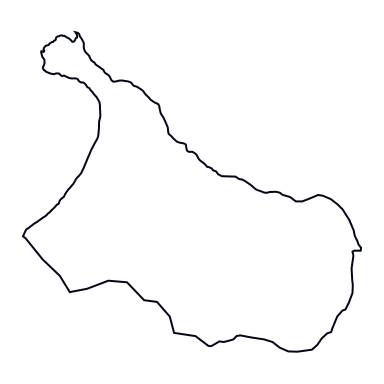 Village, Soufrière, Saint Lucia (Robinson projection)
{"feature_id": "8701671B40891625905372", "entity_name": "Village", "entity_type": "district", "adm_level": 2, "iso_a3": "LCA", "parent_name": "Saint Lucia", "parent_adm1": "Soufrière", "projection": "robinson", "projection_center": [-61.064, 13.907], "detail": "fine", "context": "isolated", "style": "outline", "palette": "ink", "viewbox_px": 384, "rotation_deg": 0, "n_neighbors": 0, "source": "geoboundaries", "source_scale": "gbopen_adm2", "svg_char_len": 5599}
<svg xmlns="http://www.w3.org/2000/svg" viewBox="0 0 384 384"><path d="M211.2,346.2L219.4,341.4L223.8,342.0L229.0,340.7L233.4,339.4L236.6,336.0L240.4,335.4L250.9,337.4L264.0,339.4L272.5,342.0L279.8,347.7L288.3,351.4L297.3,351.7L311.9,349.7L317.2,345.0L321.8,338.4L327.1,333.4L331.2,332.0L332.6,327.7L337.3,316.4L342.3,310.7L345.5,309.4L348.7,303.0L352.5,293.0L352.8,285.0L352.2,280.0L351.6,268.4L353.4,255.7L352.5,251.7L354.2,250.7L360.7,250.7L361.0,247.7L358.6,244.7L357.2,240.7L354.8,236.0L353.7,230.4L349.3,220.0L342.6,209.4L337.6,204.4L330.6,199.0L322.7,195.7L318.0,195.0L311.0,198.0L302.3,201.4L295.9,201.4L290.0,197.0L282.5,194.8L279.9,192.8L277.3,192.0L275.2,191.8L269.8,192.0L266.8,192.8L264.2,192.6L261.8,191.6L256.2,189.6L254.1,187.9L251.1,185.2L247.6,182.8L244.8,180.9L241.8,179.4L239.7,179.2L238.0,178.3L235.4,176.6L227.9,176.4L222.0,176.2L220.7,175.6L218.0,174.1L216.2,171.5L213.0,170.2L211.5,168.3L209.1,167.2L207.1,166.8L206.1,165.5L204.7,164.0L202.5,162.3L200.3,160.6L199.6,159.9L198.9,159.2L198.3,158.1L197.9,157.4L197.2,155.9L196.6,154.9L195.9,154.1L195.2,153.5L193.5,152.5L192.7,151.9L191.5,151.8L190.8,151.8L190.2,151.9L189.4,151.9L188.5,151.7L188.0,151.4L187.4,150.9L187.0,150.3L186.7,149.5L186.4,148.5L186.2,146.8L186.1,145.8L185.8,144.7L185.3,144.1L184.3,143.6L183.2,143.3L181.9,143.0L179.7,142.7L178.6,142.3L177.5,141.9L176.4,141.3L175.2,140.1L173.6,138.7L172.8,137.8L171.4,136.3L169.9,134.9L169.1,134.3L168.5,133.4L168.3,132.5L168.1,130.9L168.0,129.8L167.9,128.5L167.7,127.3L167.2,126.0L166.4,124.2L165.4,121.7L164.9,120.7L164.3,119.5L163.8,118.3L163.2,117.2L161.3,114.3L160.7,113.4L160.5,112.4L159.8,109.3L159.5,108.3L159.4,106.7L158.8,105.2L158.3,104.2L157.4,103.7L156.8,103.5L154.0,102.1L153.0,101.4L151.4,100.3L150.3,99.4L149.8,98.9L149.2,97.9L148.3,97.0L146.1,95.0L145.1,93.9L144.4,92.9L143.9,92.0L143.3,91.2L142.4,90.4L141.2,89.5L140.1,88.7L139.4,88.4L137.9,87.3L137.2,86.9L136.0,86.4L134.6,86.1L133.8,85.8L133.2,85.3L132.7,84.6L131.9,83.6L131.2,82.7L130.3,82.2L128.9,81.7L127.6,81.3L126.3,81.2L124.4,80.9L122.6,80.6L121.4,80.5L119.1,80.6L117.6,81.1L116.6,81.3L115.5,81.5L114.2,81.6L113.2,81.6L112.3,81.0L111.3,80.0L111.0,79.3L110.2,77.7L109.7,76.6L109.1,75.8L108.1,74.9L107.2,74.3L106.4,73.8L105.4,73.1L104.7,72.4L104.0,71.2L103.5,70.0L102.6,69.3L101.9,68.9L100.8,68.1L99.9,67.4L98.9,66.7L96.8,65.3L96.0,64.7L95.2,63.9L94.7,62.9L94.2,62.4L93.0,61.7L91.4,60.4L91.1,60.0L90.6,59.1L89.0,55.7L88.1,54.7L86.8,53.5L86.0,52.6L85.5,52.0L84.8,50.9L84.3,49.8L83.8,47.8L83.8,46.9L83.8,45.8L83.8,43.7L83.7,43.0L83.4,42.1L83.2,41.7L82.6,40.6L81.8,39.1L81.4,38.4L80.2,36.9L79.9,36.2L79.6,35.3L79.1,34.0L77.7,32.8L75.5,32.3L75.9,32.8L76.3,33.8L76.8,34.9L77.1,35.6L77.2,36.4L77.1,37.2L76.9,37.6L76.4,37.7L76.1,37.9L75.8,38.2L75.0,40.1L74.3,41.2L73.9,41.5L73.4,41.7L72.5,41.8L71.8,41.4L71.4,40.7L70.6,39.9L69.2,38.6L66.6,37.3L65.8,36.7L65.5,36.6L64.6,36.0L64.1,35.9L63.2,35.9L62.8,35.7L62.3,35.4L60.5,35.5L59.7,35.8L58.6,36.3L58.2,36.3L56.8,36.9L56.5,37.2L56.1,37.8L55.9,38.8L55.6,39.9L55.5,40.1L55.0,40.4L54.4,40.5L53.9,40.8L53.5,41.5L52.9,42.0L52.3,42.0L51.8,42.1L51.5,42.3L51.1,42.5L49.8,43.5L49.6,43.6L49.0,44.4L48.8,44.7L48.5,45.0L48.1,45.1L47.6,45.3L46.9,45.5L46.4,45.5L45.7,45.8L44.9,46.7L44.1,47.6L43.7,48.6L43.6,49.3L43.9,49.9L44.2,50.6L44.2,51.2L43.8,51.7L43.6,51.9L43.3,52.0L42.9,51.6L42.6,51.4L41.8,51.1L41.4,51.1L41.3,51.5L41.2,52.4L41.4,53.4L41.7,54.5L42.0,55.8L42.3,56.6L42.8,57.6L43.9,58.9L44.3,59.7L44.5,60.6L44.5,62.1L44.5,63.2L44.3,64.1L43.6,65.9L43.2,66.7L42.9,67.3L42.9,68.1L43.0,68.6L43.3,69.1L43.7,69.5L44.0,70.2L44.4,70.5L44.7,70.6L45.2,70.7L45.8,71.5L46.6,72.0L48.9,72.9L51.3,73.8L52.2,73.9L53.7,74.2L54.8,74.0L56.0,73.4L57.4,73.4L58.8,73.6L59.4,73.7L59.9,74.4L60.9,75.4L61.7,75.9L62.3,76.1L63.7,75.6L64.3,75.7L67.1,77.1L68.1,77.5L69.4,78.1L70.6,78.2L71.9,78.5L73.4,78.4L74.1,78.3L75.0,78.4L75.9,78.5L77.1,78.8L77.7,79.2L78.3,80.1L78.9,81.1L80.2,82.0L81.3,82.5L82.0,82.5L82.6,82.4L83.1,82.5L83.9,82.9L84.9,83.7L85.4,84.3L85.9,84.8L86.5,85.8L87.3,87.0L87.6,87.3L88.5,87.7L89.2,88.0L89.5,88.4L89.9,89.1L90.3,89.8L90.9,90.5L91.9,91.5L92.7,92.4L93.3,93.4L94.6,94.9L95.1,95.6L95.6,96.1L96.2,96.5L96.5,97.0L98.0,99.5L98.6,100.6L99.2,101.5L99.4,102.4L99.8,104.1L100.0,105.5L100.0,106.6L99.9,108.2L100.0,109.4L100.2,110.7L100.2,111.9L100.2,114.2L100.4,115.4L100.3,116.0L100.2,116.9L99.9,118.5L99.6,119.6L99.4,120.4L99.1,121.4L99.0,127.6L98.7,130.8L98.6,132.5L98.2,135.8L97.8,137.3L97.5,138.2L96.7,139.8L95.9,141.2L94.7,143.2L94.2,144.3L93.7,145.2L93.2,146.2L91.5,149.4L90.7,151.0L89.9,153.2L88.3,156.8L87.2,159.4L85.5,163.5L83.8,167.7L81.9,171.5L81.7,172.2L80.8,173.6L79.7,174.9L79.2,175.6L77.1,177.7L76.2,178.8L75.7,179.7L75.1,180.7L74.8,181.2L74.5,181.9L73.9,182.9L73.1,184.1L72.2,185.1L70.5,187.2L69.8,188.0L69.4,188.4L68.9,188.9L68.4,189.4L67.7,190.4L66.5,192.0L66.1,192.6L65.8,193.1L65.3,193.9L64.8,194.8L64.5,195.5L64.2,196.1L63.9,196.7L63.7,196.9L63.2,197.4L62.0,198.2L61.2,199.0L60.7,199.4L60.3,199.9L59.9,200.4L59.6,201.0L59.3,201.6L59.2,202.1L59.1,202.6L59.0,203.0L58.8,203.5L58.6,203.7L58.4,203.8L58.1,204.2L57.4,204.3L57.1,204.5L55.8,205.9L54.7,207.3L52.7,209.2L50.8,210.9L50.1,212.0L48.0,213.5L47.0,214.7L45.2,216.2L44.3,216.9L43.0,217.6L41.7,218.5L40.9,219.2L39.2,220.3L38.2,221.0L37.2,221.9L34.8,223.2L33.5,224.1L32.2,225.2L30.9,226.1L29.1,227.6L28.8,227.8L28.1,228.4L26.8,229.0L26.2,229.6L24.8,232.3L23.8,234.6L23.3,235.8L23.0,236.3L25.6,238.3L42.7,259.5L59.8,275.8L69.8,292.1L87.0,288.8L108.4,280.7L127.0,282.3L144.1,300.2L157.0,301.9L169.8,316.6L174.1,332.9L195.5,336.1L208.4,345.9L211.2,346.2Z" fill="none" stroke="#020617" stroke-width="2"/></svg>